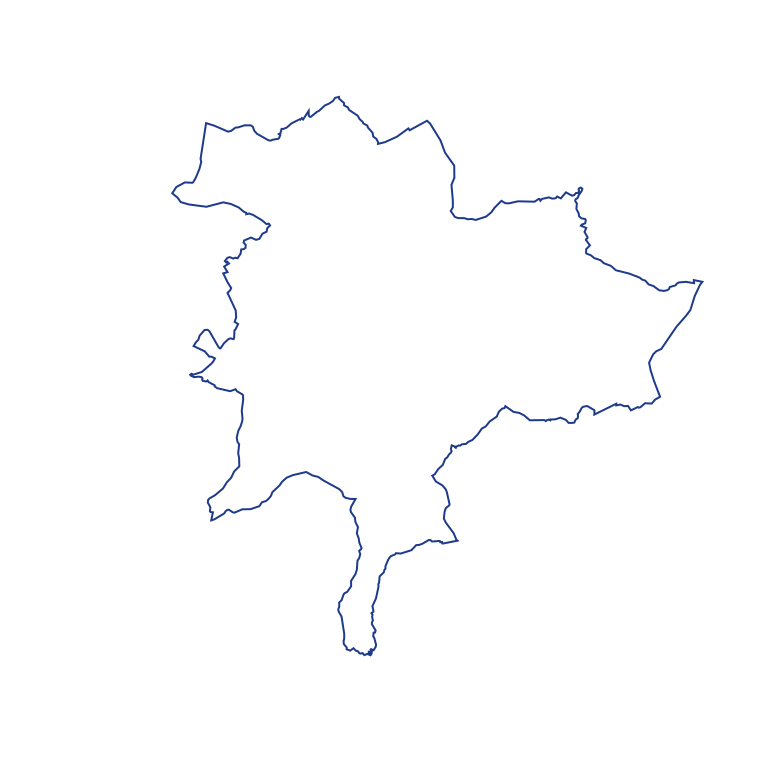 outline of Calugareni, Prahova, Romania, rotated 200°
{"feature_id": "2599482B25191657373311", "entity_name": "Calugareni", "entity_type": "district", "adm_level": 2, "iso_a3": "ROU", "parent_name": "Romania", "parent_adm1": "Prahova", "projection": "albers", "projection_center": [26.374, 45.087], "detail": "fine", "context": "isolated", "style": "outline", "palette": "blue", "viewbox_px": 768, "rotation_deg": 200, "n_neighbors": 0, "source": "geoboundaries", "source_scale": "gbopen_adm2", "svg_char_len": 6154}
<svg xmlns="http://www.w3.org/2000/svg" viewBox="0 0 768 768"><g transform="rotate(200 384 384)"><path d="M119.8,588.9L128.4,587.6L127.1,584.8L135.4,583.2L141.6,580.3L143.0,578.8L143.9,576.3L148.6,572.9L148.7,570.7L149.9,569.0L152.8,567.2L157.4,566.2L164.3,568.2L169.4,568.1L173.8,570.5L177.3,570.4L180.1,571.4L191.7,571.6L205.0,570.2L211.2,572.6L218.7,572.7L222.9,574.4L229.5,574.2L233.6,575.7L238.2,575.8L239.0,576.3L240.1,579.9L237.9,584.7L243.5,588.4L243.7,589.0L242.7,590.6L243.0,591.6L247.6,595.5L247.3,599.8L253.1,600.1L252.7,601.4L249.9,603.8L250.4,606.9L251.4,607.8L255.2,607.2L258.0,608.3L259.6,611.1L263.1,614.3L264.5,619.6L266.9,621.3L267.2,622.9L265.6,625.2L265.6,628.1L264.3,632.6L264.3,635.2L266.2,635.9L267.6,634.6L267.8,633.7L266.6,631.8L266.9,630.0L269.0,629.0L269.8,626.7L271.6,625.3L278.6,626.3L281.3,618.9L285.4,619.4L286.2,617.4L287.2,616.7L289.5,615.7L292.8,615.8L298.8,612.0L299.7,609.7L301.1,611.0L301.9,610.8L304.9,606.8L320.6,601.5L328.5,596.4L331.9,595.4L336.3,596.3L340.5,587.2L341.8,582.2L345.3,576.2L354.0,569.5L358.0,569.1L361.5,567.5L365.3,567.3L370.8,565.3L374.5,565.2L380.5,569.4L379.7,573.4L382.0,579.8L388.7,594.2L388.4,601.8L392.7,613.2L405.8,622.3L414.2,632.2L429.6,644.4L433.6,646.1L446.7,631.2L448.5,632.5L456.4,620.8L465.8,611.6L471.8,607.6L472.2,609.1L474.9,611.7L478.7,612.8L480.7,616.2L487.0,619.6L488.0,621.1L492.6,621.8L493.5,622.9L497.6,624.6L500.4,627.1L510.6,629.6L512.4,631.5L516.8,632.2L517.6,634.3L523.8,636.8L524.5,638.4L527.8,636.2L528.8,632.4L531.6,628.6L534.8,625.6L538.6,618.3L540.1,616.8L544.1,610.1L545.1,609.7L546.5,610.4L548.2,614.9L550.5,604.9L552.1,605.8L553.1,603.7L553.8,603.9L560.2,597.1L563.1,591.7L565.9,589.2L567.5,588.7L567.1,584.2L568.3,582.9L566.6,582.4L566.7,579.3L567.3,578.2L572.3,575.4L573.8,573.9L576.0,573.5L588.9,575.7L592.4,577.5L595.2,580.8L597.6,581.5L603.5,579.4L608.6,575.4L611.3,574.1L614.1,569.7L616.8,567.8L632.0,568.7L640.4,568.3L633.4,532.9L631.7,530.2L631.0,522.9L631.4,513.6L632.3,508.4L632.8,507.6L640.1,505.3L646.5,498.1L648.2,490.8L641.5,488.4L637.3,485.4L628.7,486.0L611.5,489.8L597.2,499.7L589.6,500.8L580.9,500.2L574.6,497.9L572.1,497.8L571.5,496.4L569.0,498.1L564.9,498.1L555.0,496.2L549.1,494.1L547.1,495.3L545.3,494.0L547.0,490.5L546.4,487.0L549.6,483.7L550.8,477.7L553.6,475.7L559.1,476.1L564.5,471.0L564.3,468.8L561.5,467.4L560.7,464.6L562.1,462.6L564.2,461.6L563.3,457.4L564.6,452.1L567.0,451.8L568.6,450.3L572.3,450.5L574.3,449.0L575.6,445.1L573.8,444.2L573.1,445.3L570.9,444.2L574.4,439.7L569.3,435.6L572.9,433.0L565.7,426.0L560.4,421.9L560.6,419.5L562.2,416.1L548.5,402.4L545.7,396.0L545.6,391.3L541.6,390.5L542.2,384.5L542.9,383.3L540.7,376.4L540.7,374.7L544.2,374.3L545.9,372.4L548.4,367.3L549.8,361.6L550.5,361.4L552.3,362.2L566.1,373.9L568.3,374.6L571.1,373.4L573.8,366.4L573.6,362.1L575.0,358.9L575.9,354.5L563.6,353.4L557.5,349.9L555.5,350.7L551.6,350.2L552.2,346.5L553.3,343.9L559.3,333.0L566.4,327.6L568.4,327.8L569.3,326.4L568.4,325.8L564.9,325.5L560.4,327.6L557.7,328.0L556.4,327.2L556.3,325.7L555.4,325.0L551.8,325.6L551.0,327.0L549.5,325.8L542.7,324.9L542.2,323.8L539.4,323.0L526.2,324.6L521.7,328.3L519.6,326.9L513.2,325.7L512.5,325.0L510.9,320.9L508.5,310.1L505.1,303.1L504.5,300.4L504.3,295.2L504.9,290.1L504.1,283.4L501.9,279.5L499.5,277.8L497.3,269.0L494.8,264.8L491.8,257.1L494.9,250.6L495.5,243.8L498.0,238.0L499.6,230.7L504.8,221.6L508.8,216.9L509.6,215.0L509.0,212.3L505.0,208.8L504.1,204.9L503.2,204.4L500.9,204.9L499.7,196.8L497.2,198.7L489.9,207.7L489.2,210.6L488.1,212.2L486.7,212.8L482.2,211.7L480.4,212.0L474.3,217.8L466.7,220.7L459.4,226.5L458.2,231.2L454.9,233.6L453.3,236.5L452.0,240.0L451.9,244.2L447.5,252.9L446.3,257.4L443.5,262.6L438.5,267.2L427.0,274.7L420.0,273.6L413.9,274.2L407.8,272.6L390.1,269.9L386.3,268.1L383.8,264.7L381.2,263.9L376.7,264.4L371.4,266.2L372.9,257.5L372.5,254.2L371.2,252.3L365.7,248.5L363.6,244.5L359.5,240.6L358.5,234.5L355.0,230.3L352.8,226.3L349.0,222.2L349.1,220.9L350.3,218.7L348.1,215.9L347.8,211.8L348.5,209.0L346.0,200.2L345.8,195.6L347.6,187.7L345.7,182.7L347.4,176.2L349.5,173.9L350.0,172.5L349.9,166.4L351.4,163.2L350.0,160.0L349.9,156.6L348.9,154.8L344.4,151.0L335.9,135.6L334.3,131.0L334.0,128.5L332.8,125.9L328.8,123.5L328.4,121.9L324.6,121.9L322.3,125.3L319.4,123.8L316.9,123.9L315.2,122.6L313.8,122.6L312.2,123.8L309.7,122.5L307.5,124.6L303.9,124.5L303.5,126.0L306.5,126.5L306.7,127.2L303.8,127.7L303.9,128.5L305.7,129.6L305.4,130.4L302.7,130.3L301.9,134.4L302.4,136.5L306.4,142.2L307.9,143.3L308.7,146.8L307.4,147.4L307.6,149.6L313.3,154.2L313.8,156.2L313.5,157.8L315.5,161.1L315.8,163.1L317.4,164.3L316.1,166.2L316.2,166.9L318.9,171.4L318.2,179.8L319.9,191.9L320.9,193.9L320.7,195.5L322.3,201.8L319.8,206.8L320.0,209.5L319.5,211.1L320.3,213.2L320.2,216.0L319.9,220.9L318.8,224.4L315.3,227.7L314.9,229.1L310.3,230.4L301.4,237.2L298.6,243.7L296.2,244.6L293.1,247.2L288.6,252.7L286.8,253.2L285.0,252.4L277.9,255.6L277.0,254.6L275.4,255.4L275.1,254.4L274.3,254.1L261.4,261.9L262.9,262.6L267.5,267.6L278.5,274.9L281.7,278.0L283.3,284.3L283.5,286.9L283.3,288.8L281.2,292.3L281.2,293.3L288.0,303.9L289.9,306.1L294.5,308.7L301.9,310.1L307.3,314.4L305.5,316.4L303.9,322.7L301.1,328.1L300.9,334.5L299.5,336.6L298.8,340.1L297.8,341.9L297.5,343.9L298.9,345.8L299.4,349.5L295.7,349.5L295.6,348.8L294.7,348.6L294.6,349.9L293.0,351.7L291.4,352.1L290.3,353.9L286.3,355.9L285.1,358.3L281.8,361.7L278.7,368.6L276.8,375.7L273.9,378.9L271.9,384.9L266.9,392.0L266.6,397.2L264.6,401.2L262.5,402.6L262.4,404.7L252.7,402.1L246.8,403.1L241.5,402.4L234.5,399.8L221.1,404.9L219.2,404.5L218.7,405.6L216.9,406.9L215.3,406.8L215.4,407.6L211.1,409.3L206.7,412.7L200.8,412.5L197.3,410.6L194.3,411.6L192.0,412.8L191.7,416.1L190.3,418.1L190.6,420.1L191.7,422.1L190.6,424.9L190.0,429.4L188.7,431.0L185.5,432.8L177.7,431.4L177.1,431.0L175.9,427.2L159.0,444.9L158.4,443.3L155.0,445.5L150.8,445.3L147.2,446.8L142.9,443.7L137.7,449.1L136.4,448.9L135.1,449.9L132.1,455.2L125.7,457.2L123.9,462.1L120.2,466.4L131.3,479.2L138.1,488.0L142.2,494.7L141.2,504.0L139.4,507.8L135.4,511.8L128.8,537.7L123.5,551.5L121.4,558.4L122.1,573.0L121.0,585.0L119.8,588.9Z" fill="none" stroke="#1e3a8a" stroke-width="2"/></g></svg>